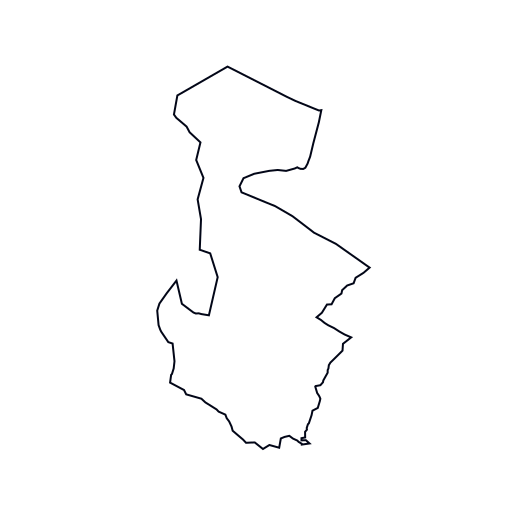 Logo, Benue, Nigeria, rotated 43°
{"feature_id": "59680162B24857715869577", "entity_name": "Logo", "entity_type": "district", "adm_level": 2, "iso_a3": "NGA", "parent_name": "Nigeria", "parent_adm1": "Benue", "projection": "albers", "projection_center": [9.31, 7.724], "detail": "fine", "context": "isolated", "style": "outline", "palette": "ink", "viewbox_px": 512, "rotation_deg": 43, "n_neighbors": 0, "source": "geoboundaries", "source_scale": "gbopen_adm2", "svg_char_len": 1939}
<svg xmlns="http://www.w3.org/2000/svg" viewBox="0 0 512 512"><g transform="rotate(43 256 256)"><path d="M229.6,150.8L228.0,146.8L227.6,146.0L221.0,134.4L210.8,115.4L204.3,104.8L202.9,106.6L198.3,108.4L179.1,115.7L170.2,118.5L106.0,136.9L89.0,192.2L99.5,208.5L103.5,209.3L117.0,208.7L123.1,210.8L137.9,210.8L146.8,226.6L164.3,234.7L174.7,254.4L190.7,266.6L210.6,289.8L220.7,285.3L242.4,297.6L262.0,331.5L255.7,335.7L253.2,337.0L251.2,339.1L248.8,340.0L243.1,340.6L234.4,341.5L214.6,328.2L216.1,344.1L217.8,356.6L221.0,363.3L231.9,373.0L236.2,375.2L238.3,376.0L250.6,378.8L254.7,376.9L268.2,388.6L272.5,394.4L275.0,399.6L275.0,400.8L279.5,407.2L294.8,403.1L299.3,404.8L313.4,397.6L318.8,397.6L328.7,395.7L331.8,395.1L334.8,395.3L341.8,392.9L345.2,394.6L349.2,395.3L354.4,397.4L358.1,399.7L363.1,399.5L371.7,399.1L376.1,399.4L377.5,398.0L379.8,395.6L382.3,393.2L392.7,392.4L394.7,385.1L403.7,380.4L398.6,372.5L400.3,368.8L403.0,364.8L407.6,364.3L412.1,362.8L413.9,362.9L417.5,362.1L418.1,362.7L423.0,356.6L418.1,356.7L415.0,359.8L413.5,358.2L415.7,355.2L411.8,351.1L411.7,348.3L410.4,347.2L408.7,343.6L408.8,342.4L405.2,334.5L402.8,330.6L404.8,325.0L401.7,318.7L400.4,316.5L398.7,315.7L397.3,315.2L394.2,314.5L388.4,311.1L388.3,310.5L391.2,306.6L391.1,302.7L390.1,301.1L388.0,292.5L386.2,290.5L385.7,288.9L383.7,286.1L383.3,284.0L383.1,283.4L383.5,274.4L383.8,266.2L379.5,260.9L381.1,250.6L374.3,253.0L368.4,254.4L362.2,255.5L356.0,257.4L351.7,258.2L347.1,258.5L342.1,259.5L342.9,252.6L341.0,243.1L344.2,239.8L342.4,233.1L344.1,225.2L342.3,222.2L342.8,215.4L346.0,209.4L343.7,204.0L346.1,195.0L347.0,187.0L342.1,187.7L306.3,192.6L282.5,199.4L280.1,199.6L255.6,202.0L235.9,206.5L227.0,209.9L216.9,213.7L202.0,219.3L196.4,216.3L193.8,207.6L198.6,197.1L207.6,184.7L213.2,178.3L220.0,173.2L224.7,165.5L225.7,163.0L227.1,162.7L229.1,161.9L231.2,160.1L231.9,157.8L230.7,153.2L229.6,150.8Z" fill="none" stroke="#020617" stroke-width="2"/></g></svg>